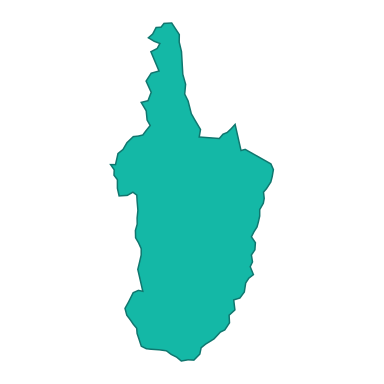 outline of Jaboticaba, Rio Grande do Sul, Brazil
{"feature_id": "56859067B75615460624400", "entity_name": "Jaboticaba", "entity_type": "district", "adm_level": 2, "iso_a3": "BRA", "parent_name": "Brazil", "parent_adm1": "Rio Grande do Sul", "projection": "natural_earth1", "projection_center": [-53.269, -27.616], "detail": "fine", "context": "isolated", "style": "filled", "palette": "teal", "viewbox_px": 384, "rotation_deg": 0, "n_neighbors": 0, "source": "geoboundaries", "source_scale": "gbopen_adm2", "svg_char_len": 1587}
<svg xmlns="http://www.w3.org/2000/svg" viewBox="0 0 384 384"><path d="M193.9,360.1L199.8,354.1L201.1,347.8L205.6,344.1L214.0,338.9L220.3,332.1L224.8,329.9L229.5,322.8L229.1,315.2L234.9,309.9L233.7,299.9L239.9,298.0L244.3,292.0L245.7,283.0L248.8,278.2L253.4,274.6L250.2,266.7L252.5,261.9L251.4,255.0L254.9,249.8L255.4,242.7L251.4,236.8L254.0,231.7L257.0,227.0L258.3,222.3L259.7,216.1L259.7,209.6L263.3,203.3L264.2,198.5L263.5,192.1L266.4,188.8L270.8,182.0L272.2,176.6L273.4,169.6L270.9,163.9L245.2,149.4L241.0,150.5L235.1,124.4L231.1,128.8L227.2,132.5L223.0,134.2L219.3,138.5L199.2,137.0L200.5,129.5L194.4,119.2L191.3,113.7L188.1,101.0L184.7,94.1L185.6,84.3L182.8,74.3L181.5,51.7L179.2,42.1L179.3,34.6L171.7,23.0L164.0,23.4L161.0,27.2L156.1,27.5L152.7,34.0L148.4,37.8L154.2,41.3L159.9,43.5L157.2,48.5L150.9,51.7L153.2,57.2L159.0,71.0L151.2,73.2L146.1,81.1L151.2,92.3L148.0,100.7L141.2,102.4L146.2,110.8L147.1,120.0L150.2,125.5L145.7,131.1L142.8,135.0L138.1,136.1L133.3,136.6L127.0,142.6L123.0,149.5L118.0,153.5L115.5,164.6L110.6,164.6L114.2,169.8L114.0,175.2L117.4,179.7L117.4,188.3L119.1,195.9L127.3,195.4L132.9,192.2L136.8,195.1L137.1,200.9L137.9,210.5L137.1,218.0L137.2,224.2L135.4,230.5L135.6,237.8L138.5,242.7L141.2,248.7L141.2,255.0L139.7,261.6L137.8,269.4L142.8,291.3L138.4,290.4L133.2,292.7L128.6,301.9L125.0,308.4L126.8,315.2L130.5,320.1L133.4,324.4L136.7,328.3L137.1,333.5L139.2,339.7L141.3,346.2L146.3,348.7L150.6,349.2L154.9,349.5L159.4,349.8L166.4,350.8L171.2,354.4L176.6,357.1L181.3,361.0L188.0,359.8L193.9,360.1Z" fill="#14b8a6" stroke="#0f766e" stroke-width="1.5"/></svg>